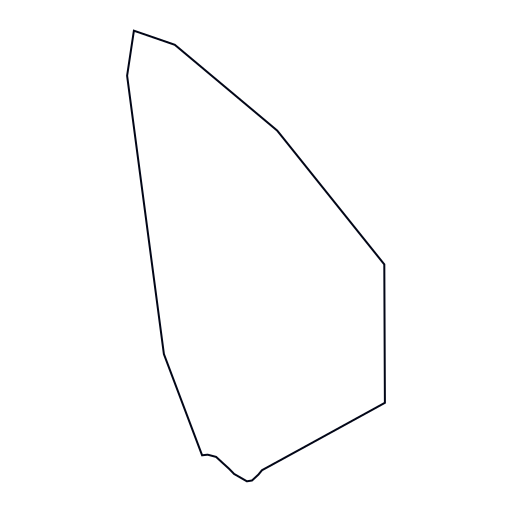 the district of Miami/Bexon, Castries, Saint Lucia
{"feature_id": "8701671B58668276188859", "entity_name": "Miami/Bexon", "entity_type": "district", "adm_level": 2, "iso_a3": "LCA", "parent_name": "Saint Lucia", "parent_adm1": "Castries", "projection": "albers", "projection_center": [-60.97, 13.924], "detail": "fine", "context": "isolated", "style": "outline", "palette": "ink", "viewbox_px": 512, "rotation_deg": 0, "n_neighbors": 0, "source": "geoboundaries", "source_scale": "gbopen_adm2", "svg_char_len": 423}
<svg xmlns="http://www.w3.org/2000/svg" viewBox="0 0 512 512"><path d="M384.3,264.4L277.2,130.6L174.8,44.8L133.9,30.7L127.5,73.1L127.1,75.7L163.9,354.1L202.1,455.3L203.8,455.1L207.5,454.7L208.5,454.9L216.1,456.9L222.6,462.9L229.0,468.7L233.0,472.8L234.0,473.9L246.9,481.3L252.0,480.5L258.4,474.6L260.1,472.5L262.0,470.2L296.2,451.5L384.9,402.8L384.7,358.9L384.3,264.4Z" fill="none" stroke="#020617" stroke-width="2"/></svg>